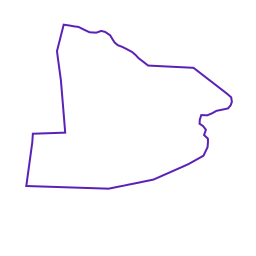 Boa Ventura, Paraíba, Brazil (Equal Earth projection), rotated 107°
{"feature_id": "56859067B42208765231208", "entity_name": "Boa Ventura", "entity_type": "district", "adm_level": 2, "iso_a3": "BRA", "parent_name": "Brazil", "parent_adm1": "Paraíba", "projection": "equal_earth", "projection_center": [-38.216, -7.424], "detail": "fine", "context": "isolated", "style": "outline", "palette": "violet", "viewbox_px": 256, "rotation_deg": 107, "n_neighbors": 0, "source": "geoboundaries", "source_scale": "gbopen_adm2", "svg_char_len": 733}
<svg xmlns="http://www.w3.org/2000/svg" viewBox="0 0 256 256"><g transform="rotate(107 128 128)"><path d="M169.9,88.6L145.0,59.8L132.4,47.7L128.1,47.1L123.1,46.3L118.1,47.4L114.8,48.5L112.5,53.2L106.9,53.0L104.2,56.8L103.0,60.8L98.9,61.8L94.2,61.7L92.7,55.9L89.2,51.7L85.7,48.4L82.5,42.5L80.0,38.1L76.4,36.5L72.6,36.3L68.5,38.3L66.4,43.0L51.3,83.0L62.4,127.0L58.1,138.4L55.9,142.2L54.1,146.4L52.9,152.5L52.1,157.2L51.8,161.9L50.3,165.5L47.9,168.5L44.6,172.1L42.8,177.9L43.0,182.0L46.1,186.2L47.7,192.7L46.9,198.3L45.8,205.0L46.6,209.3L47.1,213.9L48.0,219.7L75.2,218.4L80.8,215.9L101.8,206.2L134.4,193.2L150.8,186.7L161.3,217.3L169.9,215.3L213.2,208.3L191.7,128.8L169.9,88.6Z" fill="none" stroke="#5b21b6" stroke-width="2"/></g></svg>